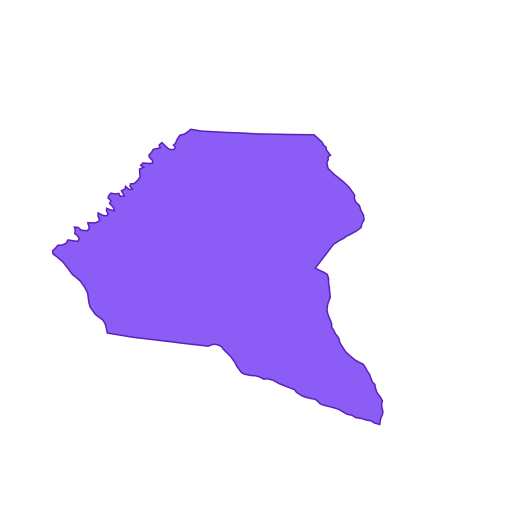 the district of Tuneiras do Oeste, Paraná, Brazil, rotated 116°
{"feature_id": "56859067B31393731178393", "entity_name": "Tuneiras do Oeste", "entity_type": "district", "adm_level": 2, "iso_a3": "BRA", "parent_name": "Brazil", "parent_adm1": "Paraná", "projection": "equal_earth", "projection_center": [-52.836, -23.86], "detail": "fine", "context": "isolated", "style": "filled", "palette": "violet", "viewbox_px": 512, "rotation_deg": 116, "n_neighbors": 0, "source": "geoboundaries", "source_scale": "gbopen_adm2", "svg_char_len": 2864}
<svg xmlns="http://www.w3.org/2000/svg" viewBox="0 0 512 512"><g transform="rotate(116 256 256)"><path d="M382.6,329.8L369.1,291.2L368.1,288.0L358.0,259.4L355.1,256.9L353.2,254.1L352.5,250.5L352.7,246.9L354.2,244.3L357.5,234.6L361.0,228.1L363.6,224.8L366.9,218.6L367.4,214.9L365.5,207.7L364.0,204.4L363.1,200.0L363.3,195.0L361.4,192.1L360.1,186.0L360.6,179.6L360.0,171.9L359.5,166.3L359.2,162.7L360.8,159.8L361.5,153.9L361.3,150.2L360.1,144.3L358.8,140.1L359.6,136.8L360.8,133.2L360.2,128.6L359.2,124.2L358.3,119.4L357.6,114.9L358.3,104.8L357.1,100.0L357.5,95.3L355.8,89.9L354.9,84.1L353.7,80.6L354.2,76.5L353.2,70.9L350.4,71.9L347.3,72.7L342.9,72.9L340.2,73.7L337.1,76.3L334.2,78.1L330.7,78.9L328.4,82.3L325.6,87.5L321.9,91.1L319.3,92.9L318.4,95.9L315.4,99.3L312.7,101.9L310.8,105.3L308.0,109.2L306.2,112.4L306.3,117.1L306.0,121.8L305.1,125.2L304.2,128.9L302.7,133.5L299.8,138.5L297.1,142.7L293.8,145.4L292.4,147.9L291.1,150.5L288.5,153.9L286.5,157.1L284.2,157.9L281.3,160.8L278.9,163.7L276.2,166.4L273.5,168.5L268.7,170.2L264.5,170.9L260.5,171.1L255.6,174.3L252.5,176.0L249.8,178.0L247.5,179.4L244.6,180.8L241.4,183.7L240.9,187.5L241.0,192.8L241.0,197.4L211.3,191.4L208.9,189.8L206.3,188.4L201.5,184.8L198.6,183.4L196.3,181.5L192.2,178.6L188.7,176.2L184.4,174.1L180.3,175.0L176.2,174.7L172.1,177.4L169.0,181.7L165.2,185.3L163.9,189.8L161.3,192.8L158.4,193.8L156.8,196.1L155.3,199.0L153.2,202.9L151.2,209.1L149.8,214.9L148.5,221.2L147.1,225.5L145.6,229.7L141.1,233.2L137.4,233.4L135.3,234.8L132.8,233.2L130.0,239.0L127.6,240.6L126.7,243.9L124.7,246.6L123.0,252.2L121.6,257.0L132.3,279.6L136.5,288.7L146.4,309.9L150.5,320.0L157.2,335.1L167.5,359.4L170.7,370.2L174.2,371.7L177.7,373.7L180.7,377.3L184.9,378.0L190.2,377.8L192.5,378.8L193.8,375.8L196.6,376.8L198.2,380.9L197.0,385.2L195.3,390.3L198.7,391.7L200.8,389.6L205.1,395.0L209.3,395.5L212.2,396.5L214.2,394.9L215.3,391.2L217.9,389.6L219.7,392.6L221.9,398.4L225.1,399.4L225.4,395.8L228.9,398.8L233.0,396.5L235.4,394.9L239.4,395.4L244.3,397.2L246.2,400.4L248.6,399.8L250.0,396.3L251.9,399.0L250.6,403.8L252.9,403.0L256.4,405.6L259.6,400.6L261.9,404.0L259.9,406.7L262.0,409.8L263.1,413.9L266.4,414.8L268.8,414.3L269.9,410.5L272.9,410.8L274.8,405.7L277.3,403.0L278.3,406.8L278.6,411.2L281.1,410.0L283.0,407.3L285.6,408.1L286.6,411.7L286.5,416.7L289.3,415.5L292.4,412.2L294.7,413.1L297.0,415.6L299.8,421.8L304.0,418.0L307.3,418.7L309.4,424.4L308.3,428.4L309.6,431.9L311.9,429.8L315.2,428.8L316.1,425.2L317.8,422.6L320.7,422.3L322.4,426.6L323.9,432.0L327.6,432.2L331.2,435.0L333.0,438.7L337.5,439.9L340.4,441.1L343.2,439.3L344.0,434.5L345.9,427.2L347.8,423.3L349.3,420.1L351.1,416.8L353.2,412.6L354.1,408.1L355.7,402.6L358.5,397.4L360.7,394.2L363.2,391.0L371.1,385.8L374.5,382.8L378.9,374.9L379.6,371.2L380.9,365.0L383.7,361.2L390.4,355.8L382.6,329.8Z" fill="#8b5cf6" stroke="#5b21b6" stroke-width="1.5"/></g></svg>